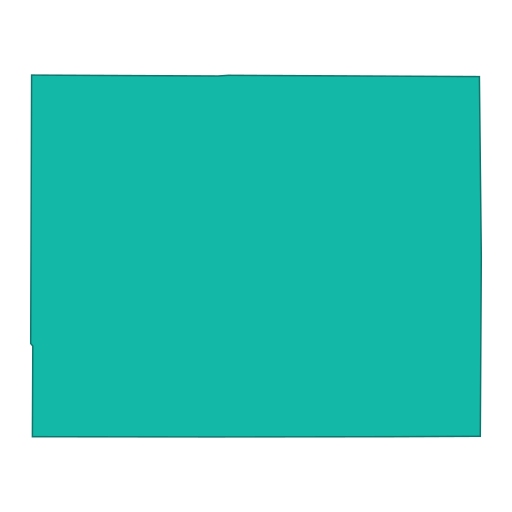 outline of Codington, South Dakota, United States of America
{"feature_id": "52423323B33068047494681", "entity_name": "Codington", "entity_type": "district", "adm_level": 2, "iso_a3": "USA", "parent_name": "United States of America", "parent_adm1": "South Dakota", "projection": "albers", "projection_center": [-97.185, 44.978], "detail": "fine", "context": "isolated", "style": "filled", "palette": "teal", "viewbox_px": 512, "rotation_deg": 0, "n_neighbors": 0, "source": "geoboundaries", "source_scale": "gbopen_adm2", "svg_char_len": 268}
<svg xmlns="http://www.w3.org/2000/svg" viewBox="0 0 512 512"><path d="M481.3,256.9L479.4,76.6L228.3,75.3L218.2,76.0L31.6,75.1L30.7,343.5L32.8,346.0L32.4,436.7L211.6,436.9L390.7,436.7L480.3,436.3L481.3,256.9Z" fill="#14b8a6" stroke="#0f766e" stroke-width="1.5"/></svg>